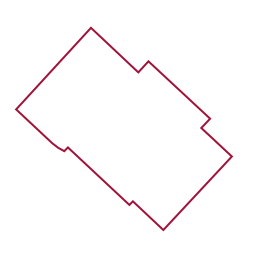 Garden, Nebraska, United States of America, rotated 313°
{"feature_id": "52423323B8475953570215", "entity_name": "Garden", "entity_type": "district", "adm_level": 2, "iso_a3": "USA", "parent_name": "United States of America", "parent_adm1": "Nebraska", "projection": "mercator", "projection_center": [-102.377, 41.615], "detail": "fine", "context": "isolated", "style": "outline", "palette": "rose", "viewbox_px": 256, "rotation_deg": 313, "n_neighbors": 0, "source": "geoboundaries", "source_scale": "gbopen_adm2", "svg_char_len": 341}
<svg xmlns="http://www.w3.org/2000/svg" viewBox="0 0 256 256"><g transform="rotate(313 128 128)"><path d="M190.8,181.7L190.7,97.5L175.7,97.6L176.0,32.6L65.3,33.5L65.2,83.1L65.9,90.3L67.6,97.2L72.8,97.3L72.7,171.0L72.7,181.5L77.7,181.6L77.5,223.4L178.0,223.4L178.0,181.6L190.8,181.7Z" fill="none" stroke="#9f1239" stroke-width="2"/></g></svg>